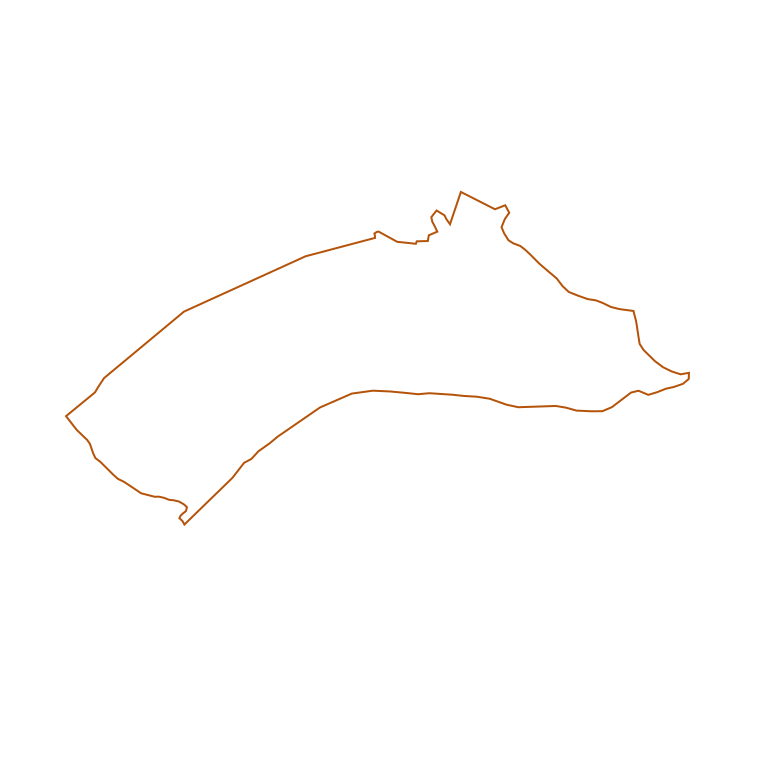 Pontian, Johor, Malaysia, rotated 296°
{"feature_id": "92858781B61162443163986", "entity_name": "Pontian", "entity_type": "district", "adm_level": 2, "iso_a3": "MYS", "parent_name": "Malaysia", "parent_adm1": "Johor", "projection": "orthographic", "projection_center": [103.414, 1.514], "detail": "fine", "context": "isolated", "style": "outline", "palette": "amber", "viewbox_px": 768, "rotation_deg": 296, "n_neighbors": 0, "source": "geoboundaries", "source_scale": "gbopen_adm2", "svg_char_len": 1594}
<svg xmlns="http://www.w3.org/2000/svg" viewBox="0 0 768 768"><g transform="rotate(296 384 384)"><path d="M170.2,266.2L233.2,288.9L251.8,292.8L258.6,297.7L268.4,300.6L281.1,307.5L289.9,311.4L334.9,336.8L361.3,359.3L373.1,376.9L379.9,392.6L385.8,408.2L389.7,419.0L395.6,428.8L404.4,450.3L408.3,461.1L413.2,472.8L417.1,485.5L419.1,503.1L422.0,514.9L439.6,548.1L442.5,557.9L444.5,568.7L450.4,582.4L455.3,592.2L463.1,599.0L472.9,603.9L484.6,609.8L489.5,615.7L490.1,626.3L496.4,633.1L503.3,639.4L508.3,645.7L515.2,652.6L522.1,655.7L527.7,653.2L522.7,646.3L521.4,636.9L521.4,627.5L523.3,617.5L528.3,602.5L532.1,596.2L538.3,591.8L546.5,586.2L550.9,583.1L559.0,576.2L554.6,563.0L552.7,554.2L552.7,544.9L552.1,538.0L549.6,529.8L548.4,519.2L547.7,509.8L550.2,501.7L554.6,492.9L557.1,482.9L560.2,471.0L562.8,463.5L564.6,458.4L566.5,452.2L567.8,445.9L567.1,438.4L567.8,432.8L572.1,425.9L576.5,420.9L585.3,420.3L592.8,421.5L597.8,414.6L589.7,407.1L590.3,368.9L556.5,373.3L559.6,367.7L562.1,364.5L563.0,355.2L554.7,353.4L551.1,356.2L547.5,361.1L544.3,365.1L537.3,359.1L531.7,360.7L526.6,350.9L524.0,351.2L517.6,333.5L518.6,312.2L517.3,310.7L515.0,309.4L513.5,310.7L511.4,311.9L464.4,257.5L361.4,172.5L266.6,129.8L256.6,128.5L249.7,127.9L215.7,112.3L208.1,127.8L205.7,135.1L203.7,141.5L201.3,145.9L194.1,153.1L190.9,157.1L189.7,163.1L183.7,180.7L182.1,186.3L182.1,193.2L179.3,213.6L182.1,227.2L184.1,231.2L185.3,236.4L185.7,241.6L187.3,246.0L188.5,251.3L188.1,256.9L186.9,260.9L182.9,261.7L179.7,260.1L176.5,258.9L173.7,258.9L172.5,262.9L170.2,266.2Z" fill="none" stroke="#b45309" stroke-width="2"/></g></svg>